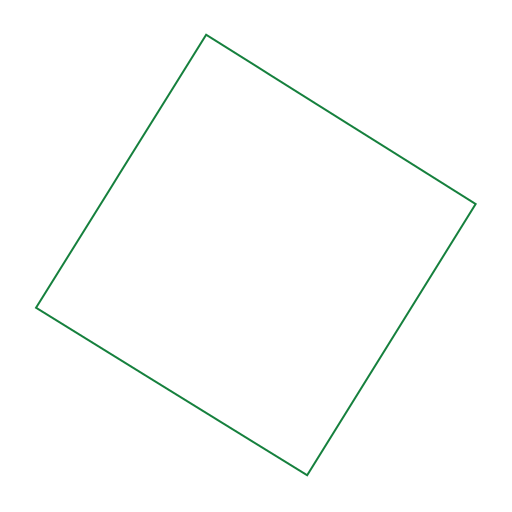 Limay Mahuida, La Pampa, Argentina (Natural Earth projection), rotated 123°
{"feature_id": "61730980B5115619218657", "entity_name": "Limay Mahuida", "entity_type": "district", "adm_level": 2, "iso_a3": "ARG", "parent_name": "Argentina", "parent_adm1": "La Pampa", "projection": "natural_earth1", "projection_center": [-66.628, -37.241], "detail": "fine", "context": "isolated", "style": "outline", "palette": "green", "viewbox_px": 512, "rotation_deg": 123, "n_neighbors": 0, "source": "geoboundaries", "source_scale": "gbopen_adm2", "svg_char_len": 394}
<svg xmlns="http://www.w3.org/2000/svg" viewBox="0 0 512 512"><g transform="rotate(123 256 256)"><path d="M97.6,418.3L165.8,417.0L260.6,415.3L277.6,414.9L419.2,412.3L417.3,326.1L416.4,284.8L414.4,196.4L413.5,157.3L412.0,93.7L357.2,94.8L97.3,100.0L92.8,100.1L92.8,100.6L94.1,189.1L95.1,250.5L95.7,289.7L96.5,343.0L96.6,355.2L97.6,418.3Z" fill="none" stroke="#15803d" stroke-width="2"/></g></svg>